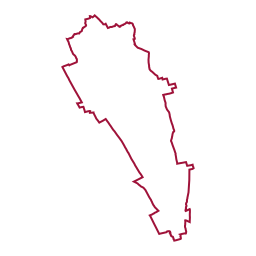 Padureni, Vaslui, Romania
{"feature_id": "2599482B79481700134071", "entity_name": "Padureni", "entity_type": "district", "adm_level": 2, "iso_a3": "ROU", "parent_name": "Romania", "parent_adm1": "Vaslui", "projection": "equal_earth", "projection_center": [28.096, 46.567], "detail": "fine", "context": "isolated", "style": "outline", "palette": "rose", "viewbox_px": 256, "rotation_deg": 0, "n_neighbors": 0, "source": "geoboundaries", "source_scale": "gbopen_adm2", "svg_char_len": 5649}
<svg xmlns="http://www.w3.org/2000/svg" viewBox="0 0 256 256"><path d="M180.7,238.4L180.8,238.2L180.8,237.6L180.7,237.3L180.7,237.0L180.5,236.7L180.4,236.4L180.6,236.0L180.6,235.8L180.5,235.1L180.6,234.6L180.3,234.4L182.1,233.9L184.6,233.4L185.1,233.5L185.8,233.5L186.0,233.1L186.1,232.1L186.2,231.9L186.2,231.6L185.7,229.6L185.6,228.7L185.1,227.3L185.0,226.6L185.0,225.5L185.2,225.0L185.2,223.5L185.3,222.9L185.3,220.9L185.2,220.4L185.6,220.3L186.2,220.5L186.6,220.6L188.6,221.6L189.5,221.9L189.7,222.0L189.7,221.9L189.9,217.4L189.8,215.6L189.8,213.9L189.9,212.4L189.9,210.0L189.8,209.3L189.7,209.1L186.4,210.7L185.7,211.0L185.5,210.7L185.5,210.2L185.7,209.4L185.8,208.9L186.0,208.8L186.1,208.3L186.0,208.0L185.9,207.7L186.0,207.3L186.0,206.9L186.4,206.4L186.5,205.8L186.0,204.3L186.1,203.7L186.1,203.3L186.3,202.9L186.6,202.5L186.9,201.9L187.0,200.8L186.9,200.2L187.0,199.7L187.4,198.3L187.4,197.8L187.6,196.8L188.5,192.4L189.3,180.1L189.4,169.6L192.6,168.9L192.9,168.6L193.6,168.2L193.5,167.7L193.3,167.0L193.1,166.8L192.9,166.3L192.6,164.7L190.8,165.2L187.2,165.8L186.0,162.1L177.2,163.7L177.2,163.2L177.1,162.5L176.3,159.2L176.0,156.9L175.6,154.7L175.5,154.3L175.6,153.9L175.6,153.6L175.0,151.9L174.2,149.4L174.0,149.0L173.5,147.6L172.5,144.9L171.6,142.1L171.2,141.5L171.1,141.1L171.0,140.8L171.9,137.9L172.0,136.9L172.2,136.3L172.5,134.4L172.8,133.1L173.0,132.8L173.3,131.9L174.1,131.5L174.2,131.2L174.2,130.7L174.1,130.2L173.4,128.5L172.9,126.4L172.3,124.5L172.0,123.9L171.0,120.7L169.9,116.6L169.7,115.3L169.7,114.9L169.2,112.7L169.1,112.3L167.0,109.5L165.7,106.4L165.5,104.1L165.6,103.4L165.6,103.1L165.2,101.7L164.7,100.3L163.9,96.7L163.8,96.4L163.4,95.7L163.2,94.9L165.4,94.4L165.9,94.4L166.5,94.2L167.8,93.9L169.2,93.7L171.3,93.1L173.0,92.5L171.9,88.6L176.1,87.6L174.9,83.6L168.9,85.0L166.9,78.6L165.9,78.7L162.6,79.5L162.2,77.8L159.5,78.7L158.3,78.9L157.7,77.4L157.3,75.9L157.2,75.8L155.3,74.7L152.2,71.8L150.8,70.8L149.9,69.7L149.4,68.8L149.5,68.2L149.1,67.0L149.1,65.7L148.6,62.6L148.5,59.6L148.8,56.4L148.8,54.9L148.9,54.1L149.0,53.2L148.7,52.2L145.6,51.0L144.4,50.5L141.4,49.0L138.0,47.8L137.7,47.7L136.6,46.6L135.0,45.0L134.7,44.5L135.1,44.4L133.5,39.3L134.6,39.1L134.8,38.4L133.9,35.9L133.9,35.3L134.0,34.9L134.3,34.6L134.2,34.4L134.4,33.4L134.4,33.0L134.7,32.2L134.7,31.6L134.8,30.2L134.8,28.9L134.3,27.9L133.9,26.9L133.6,26.3L133.1,25.5L133.0,25.1L133.0,24.8L132.8,24.1L132.2,23.4L130.7,23.0L129.8,22.6L129.7,22.8L129.6,23.4L129.4,23.5L128.9,23.4L128.7,23.2L127.6,22.8L127.5,22.5L127.4,22.4L126.5,22.4L126.3,22.9L126.1,23.0L125.7,23.2L125.5,23.5L124.4,24.2L123.4,24.5L123.1,25.0L122.4,25.1L121.2,25.6L120.8,25.8L120.5,26.4L119.9,26.8L119.6,26.8L119.4,26.8L119.1,26.3L118.8,26.0L118.3,25.8L118.0,25.6L117.5,25.3L116.8,24.8L116.7,24.5L116.3,24.2L116.0,24.1L115.8,24.3L115.2,25.3L115.0,26.0L114.9,26.1L113.4,26.3L112.6,26.7L111.7,27.0L110.8,26.9L109.9,27.1L109.6,27.3L109.4,27.5L107.9,28.0L105.7,23.8L105.2,24.2L104.7,24.3L103.3,24.3L102.5,23.2L102.3,22.9L100.6,21.2L99.6,20.1L99.4,19.7L98.5,18.9L98.3,18.6L98.0,18.5L97.2,17.6L95.0,15.7L94.7,15.4L93.4,16.7L92.5,17.3L90.5,16.2L90.2,16.1L89.9,16.1L90.0,16.5L89.9,17.5L90.0,18.0L88.7,18.6L85.3,19.4L85.6,21.8L85.2,23.0L85.2,23.3L86.0,24.9L86.1,25.2L86.0,25.4L85.8,26.0L85.3,26.4L84.9,26.6L84.0,27.3L83.5,27.4L83.1,28.0L82.8,28.0L82.4,28.8L82.0,30.0L81.9,30.6L81.8,31.0L81.6,31.2L80.0,32.1L79.2,33.5L78.3,33.4L77.4,33.5L76.9,33.7L75.6,34.1L75.1,34.2L74.8,34.0L74.4,34.1L74.0,34.9L73.5,35.3L73.1,36.0L73.1,36.7L72.6,36.8L72.3,37.1L72.4,37.3L72.2,37.5L71.3,37.8L70.9,38.1L70.2,38.1L67.5,39.2L67.1,39.1L67.9,40.9L68.3,41.3L68.7,42.5L69.2,44.5L69.7,45.4L70.0,46.6L70.4,47.7L70.7,48.0L71.0,49.1L71.0,49.8L71.9,51.2L73.0,53.8L73.4,54.3L74.9,55.6L75.2,56.0L75.7,56.8L76.3,58.4L76.6,58.6L76.8,59.1L76.9,59.7L76.9,60.7L76.8,61.2L76.9,61.7L76.7,62.2L71.7,64.2L70.5,64.7L69.9,64.9L69.3,65.3L68.6,64.4L67.0,65.1L63.4,66.4L62.4,67.0L67.1,76.0L68.5,78.3L69.4,80.3L74.7,89.9L77.5,94.7L77.8,95.3L79.6,98.3L81.8,102.4L78.1,103.3L77.6,103.4L77.2,103.4L77.4,103.8L78.2,105.0L79.6,107.6L81.1,107.2L83.4,106.8L83.8,107.9L83.9,108.6L84.3,109.5L85.0,112.1L88.0,111.3L89.9,111.0L90.1,111.1L89.9,111.6L89.9,112.8L93.5,112.5L93.5,113.1L93.9,113.7L94.8,115.6L95.4,116.6L95.6,117.2L95.9,117.7L96.2,118.5L98.2,121.0L98.7,121.8L99.3,122.6L103.1,120.6L105.7,119.0L106.0,119.4L107.6,121.7L108.0,122.1L109.9,125.0L110.6,125.9L112.1,128.2L113.2,129.8L114.6,131.4L117.1,135.0L119.1,137.6L121.7,141.2L123.6,144.5L124.6,146.3L124.8,146.8L126.5,149.6L126.5,149.8L128.0,152.5L128.3,152.7L128.7,153.5L131.4,158.9L134.3,163.6L135.1,165.3L137.0,168.4L137.1,168.7L137.6,169.4L139.5,172.6L140.0,173.2L141.1,174.7L142.6,177.2L133.9,181.6L137.3,183.3L137.6,183.5L138.8,184.7L140.2,185.7L140.5,186.1L141.2,186.6L141.9,186.9L143.1,187.5L143.6,187.9L144.4,188.8L145.2,189.8L145.5,190.1L146.1,191.3L146.6,192.2L149.2,197.1L150.2,198.7L151.0,199.9L151.1,200.3L151.3,200.8L151.8,201.6L152.6,203.6L153.1,204.4L153.4,205.1L154.1,205.9L154.3,206.4L155.1,207.5L156.5,208.8L157.0,209.4L158.0,210.4L158.4,210.8L156.3,212.1L154.5,212.9L154.2,213.3L153.1,213.8L152.2,214.4L149.8,215.4L150.3,216.1L154.1,223.8L156.2,227.9L158.5,232.5L159.2,233.9L160.3,233.6L166.5,232.2L167.1,231.4L168.3,231.2L169.4,231.2L169.7,231.3L170.0,231.6L170.0,232.0L169.9,232.5L170.3,232.5L170.4,233.0L170.5,233.1L170.5,233.3L170.2,233.7L170.4,234.2L170.6,234.8L171.0,235.1L171.0,235.6L171.3,235.8L171.4,236.2L172.2,236.6L172.7,236.7L173.0,237.0L173.2,237.5L173.2,237.8L173.4,238.2L173.5,238.7L173.7,239.0L173.6,239.3L173.8,239.6L174.0,239.9L174.2,240.1L174.3,240.6L175.8,240.3L180.4,239.0L180.8,238.7L180.7,238.4Z" fill="none" stroke="#9f1239" stroke-width="2"/></svg>